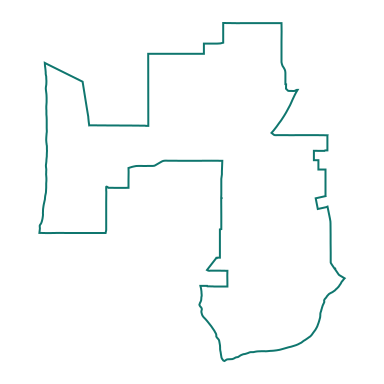 Nedlands, Western Australia, Australia
{"feature_id": "25037944B80247248268591", "entity_name": "Nedlands", "entity_type": "district", "adm_level": 2, "iso_a3": "AUS", "parent_name": "Australia", "parent_adm1": "Western Australia", "projection": "mercator", "projection_center": [115.79, -31.975], "detail": "fine", "context": "isolated", "style": "outline", "palette": "teal", "viewbox_px": 384, "rotation_deg": 0, "n_neighbors": 0, "source": "geoboundaries", "source_scale": "gbopen_adm2", "svg_char_len": 5844}
<svg xmlns="http://www.w3.org/2000/svg" viewBox="0 0 384 384"><path d="M44.8,62.9L45.0,66.0L45.2,67.3L45.5,69.9L45.7,72.4L45.7,73.8L45.9,75.1L46.2,76.4L46.3,79.2L46.4,80.6L46.4,82.0L46.3,84.5L46.1,85.8L45.9,87.1L45.8,88.4L45.9,89.8L46.4,93.8L46.5,95.1L46.6,97.9L46.6,100.8L46.6,102.1L46.4,104.9L46.3,106.2L46.3,107.5L46.3,108.9L46.4,110.3L46.4,111.8L46.4,114.4L46.6,117.0L46.7,119.7L46.7,121.0L46.7,122.3L46.7,125.2L46.7,126.6L46.7,128.0L46.8,130.7L46.8,132.0L46.6,133.3L46.5,134.7L46.4,136.0L46.3,137.3L46.2,140.0L46.3,141.4L46.4,142.7L46.6,144.0L46.6,144.6L46.8,145.3L46.9,146.6L46.9,149.4L47.0,150.8L46.9,152.4L46.8,155.0L46.8,156.3L46.5,159.1L46.4,160.4L46.4,161.1L46.2,163.0L46.0,164.4L45.9,165.8L46.0,167.1L46.2,168.5L46.3,169.9L46.2,171.3L46.2,172.8L46.1,174.2L46.2,175.4L46.4,178.1L46.4,180.8L46.3,182.1L46.2,183.4L46.2,186.3L46.2,187.6L46.0,191.5L45.9,192.8L45.3,195.5L45.1,196.8L44.9,199.4L44.6,200.7L44.0,203.4L43.7,204.8L43.5,206.0L43.1,208.9L43.0,210.3L43.0,211.7L42.9,213.1L43.0,214.5L42.9,215.9L42.5,218.7L41.9,221.2L41.5,222.4L41.0,223.6L40.2,224.6L39.7,225.8L39.8,227.2L39.9,228.6L39.4,232.9L47.8,233.1L59.4,232.9L66.5,233.0L71.6,233.0L104.8,233.0L105.6,233.0L106.2,230.1L106.2,202.4L106.3,191.5L106.2,191.1L106.2,190.8L106.2,190.0L106.2,186.9L106.4,186.7L106.6,186.7L106.8,186.7L107.5,187.0L107.8,187.2L108.0,187.5L108.4,187.8L109.0,187.8L122.5,187.9L128.5,187.8L128.5,179.9L128.6,171.9L128.5,168.0L132.0,166.9L133.7,166.5L136.2,166.0L140.0,165.9L143.8,166.0L153.2,165.9L154.5,165.7L155.6,165.1L161.1,161.9L162.2,161.3L163.3,160.9L164.7,160.7L166.0,160.7L167.2,160.7L182.6,160.8L197.2,160.8L211.3,160.7L222.3,160.8L222.1,166.1L221.9,171.4L221.9,174.4L221.3,178.9L221.3,187.2L221.3,189.2L221.3,194.4L221.2,197.6L221.5,197.6L221.7,197.9L221.7,198.0L221.7,198.3L221.4,198.5L221.2,198.5L221.3,215.6L221.3,229.1L219.9,229.4L219.9,246.5L219.9,247.1L219.9,257.7L217.4,257.7L217.3,257.8L217.2,257.9L217.0,258.1L216.8,258.1L216.6,258.1L216.3,257.9L215.7,258.8L207.0,270.0L207.9,270.5L209.1,270.8L210.2,270.7L213.8,270.7L220.8,270.7L227.4,270.8L227.3,275.6L227.4,283.3L227.4,286.5L213.8,286.5L212.8,286.4L211.8,286.4L207.4,286.3L207.2,285.9L206.7,285.9L200.4,285.9L200.5,286.4L200.7,287.1L201.0,288.4L201.1,289.1L201.2,289.4L201.2,289.7L201.4,291.0L201.5,292.2L201.5,293.2L201.6,293.7L201.7,295.5L201.6,296.4L201.5,296.6L201.4,297.1L201.3,298.5L201.3,298.8L201.1,300.5L200.5,302.0L200.0,302.9L199.9,303.2L199.5,304.4L199.4,304.7L199.5,305.0L199.6,305.4L200.0,306.1L200.5,306.8L200.8,307.0L201.6,308.2L201.8,309.0L201.8,309.5L201.4,311.2L201.4,311.6L201.4,312.0L201.5,312.6L201.9,314.1L202.4,315.5L203.6,317.2L205.2,318.8L207.2,321.1L211.3,326.3L213.2,329.1L214.3,330.7L215.1,332.2L215.8,333.4L216.2,334.4L216.3,335.4L216.3,336.5L216.8,337.4L217.7,338.4L218.7,339.6L219.1,340.5L219.4,342.0L220.0,345.4L220.1,347.5L220.1,349.1L220.3,350.7L220.6,352.0L221.0,354.7L221.5,357.6L222.0,358.7L223.3,360.5L224.4,361.0L225.3,360.5L226.4,359.7L227.2,359.4L228.2,359.3L232.2,359.1L233.7,358.6L234.9,357.9L235.9,357.4L238.1,357.0L240.5,355.4L241.8,354.8L243.4,354.2L244.9,354.0L246.3,353.6L248.1,353.0L249.5,352.4L250.8,352.1L251.8,352.1L253.5,352.1L255.4,351.7L257.2,351.4L261.6,351.2L263.6,351.2L264.6,351.2L265.8,351.3L268.1,351.1L270.2,350.9L272.2,350.8L274.4,350.6L276.7,350.3L279.6,349.8L281.5,349.3L284.7,348.4L288.5,347.3L291.1,346.7L293.4,346.0L296.2,345.1L298.1,344.3L299.6,343.5L301.4,342.6L303.7,340.8L305.1,340.0L307.3,338.5L309.1,337.2L310.3,336.4L311.7,334.9L313.1,332.9L315.4,329.8L316.7,327.5L317.3,326.3L317.9,324.6L318.6,322.7L319.2,320.8L319.6,319.3L320.1,317.5L320.3,315.6L320.3,314.5L320.4,313.2L320.5,312.9L320.7,312.1L321.0,311.4L321.1,310.9L321.3,310.4L321.3,310.0L321.6,309.2L322.0,307.7L322.2,307.1L322.5,306.1L322.7,305.5L322.8,305.3L323.3,304.1L323.5,303.9L324.2,302.2L324.3,302.0L324.3,301.8L324.2,301.6L324.2,301.3L324.1,300.8L324.2,300.3L324.4,299.7L324.7,299.2L325.2,298.6L326.1,297.6L326.4,297.1L326.6,296.9L327.0,296.2L327.3,295.9L327.4,295.7L328.1,295.0L328.4,294.6L328.6,294.4L328.9,294.1L330.3,293.2L331.5,292.6L332.5,292.1L333.6,291.3L334.1,291.0L334.8,290.5L335.5,289.8L335.7,289.6L335.8,289.5L336.3,289.0L336.4,288.8L336.9,288.5L337.1,288.3L337.4,288.0L338.1,287.2L338.3,287.1L338.9,286.3L339.2,285.9L339.3,285.7L339.5,285.3L340.3,284.3L340.4,284.1L340.5,283.9L341.0,283.1L341.1,282.9L341.5,282.1L341.9,281.5L342.1,281.3L342.3,281.1L342.6,280.7L342.8,280.5L343.7,279.3L344.0,279.0L344.4,278.5L344.6,278.3L339.6,275.3L338.8,274.7L335.1,269.3L335.2,269.1L335.3,269.0L335.3,268.8L335.2,268.6L335.1,268.4L334.9,268.3L334.6,268.3L334.4,268.4L332.1,265.0L330.9,263.1L330.7,262.4L330.7,261.3L330.7,252.6L330.6,242.4L330.6,234.8L330.5,223.4L330.4,221.3L329.9,218.4L328.4,211.0L327.5,206.6L326.0,207.2L321.9,208.1L317.8,209.0L315.7,198.3L325.6,196.1L325.5,195.4L325.5,169.5L318.4,169.5L318.4,160.2L313.9,160.2L313.9,150.8L324.5,150.9L325.1,150.4L327.4,150.4L327.4,136.7L327.4,135.7L327.5,135.3L322.7,135.2L311.0,135.1L301.6,135.1L291.2,135.2L282.9,135.1L277.0,135.1L276.1,135.2L274.7,135.1L273.9,134.8L271.5,132.9L273.6,130.5L276.7,126.5L279.1,123.1L281.0,120.6L284.0,116.0L286.0,112.7L287.2,110.5L290.1,105.1L291.2,102.7L292.6,99.5L294.6,95.3L296.1,92.4L297.6,89.9L296.8,89.9L295.8,90.3L295.3,90.6L294.5,90.9L293.9,91.0L288.7,90.9L288.4,90.8L288.2,90.8L287.9,90.6L286.0,88.7L286.1,84.3L285.4,84.2L285.4,74.0L285.4,72.8L285.2,71.0L284.8,69.7L283.9,68.0L282.5,65.8L281.9,64.0L281.5,62.2L281.5,59.1L281.5,47.2L281.5,42.9L281.5,41.7L281.6,31.7L281.5,23.1L268.5,23.1L243.4,23.1L238.1,23.2L231.4,23.1L223.2,23.0L223.2,42.7L220.4,43.4L217.1,43.6L203.9,43.6L203.9,45.3L203.9,53.8L148.2,53.8L148.3,125.9L146.1,125.9L145.1,125.7L139.9,125.7L138.9,125.6L99.6,125.4L91.5,125.3L89.7,125.3L89.2,125.4L88.7,121.6L88.3,117.7L88.3,117.0L86.6,106.7L82.6,81.7L46.7,63.9L44.8,62.9Z" fill="none" stroke="#0f766e" stroke-width="2"/></svg>